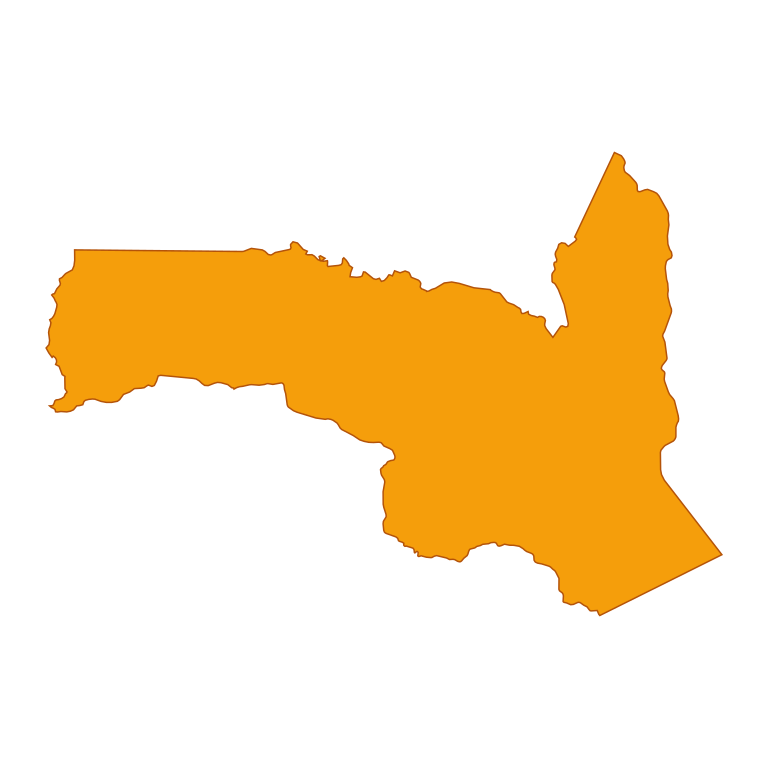 SVG path tracing the border of Sangha
{"feature_id": "COG-2880", "entity_name": "Sangha", "entity_type": "Region", "adm_level": 1, "iso_a3": "COG", "parent_name": "Republic of the Congo", "parent_adm1": "", "projection": "orthographic", "projection_center": [15.265, 1.384], "detail": "fine", "context": "isolated", "style": "filled", "palette": "amber", "viewbox_px": 768, "rotation_deg": 0, "n_neighbors": 0, "source": "natural_earth", "source_scale": "10m", "svg_char_len": 6060}
<svg xmlns="http://www.w3.org/2000/svg" viewBox="0 0 768 768"><path d="M52.1,357.4L48.9,353.0L46.1,348.0L49.0,344.6L49.6,340.4L48.6,332.6L49.2,328.9L50.4,325.7L50.9,322.7L49.7,319.7L51.8,318.5L53.6,316.2L54.9,313.6L56.7,307.2L57.0,304.5L56.2,302.4L55.4,301.1L54.0,298.0L51.7,295.0L52.5,294.2L54.5,293.6L56.8,288.9L60.0,285.2L60.4,283.5L59.4,280.3L59.5,278.8L62.0,277.5L65.1,274.1L66.1,273.3L72.3,269.9L74.0,265.8L74.7,260.3L74.6,249.9L242.2,251.5L243.8,251.3L251.3,248.4L262.3,249.9L265.0,251.4L268.3,254.5L270.8,255.0L271.8,254.7L275.3,252.5L288.9,249.6L290.4,249.1L291.0,247.6L290.6,246.0L290.6,244.4L293.0,241.8L297.5,243.0L303.2,249.4L307.3,251.2L305.8,254.0L307.5,254.8L312.0,254.7L314.4,256.1L317.8,259.6L320.3,260.7L319.1,256.5L320.4,255.8L325.0,258.3L322.6,260.2L321.5,260.7L323.2,261.3L327.4,260.7L327.6,261.9L327.4,265.7L328.0,266.5L338.6,265.4L341.1,264.7L342.3,263.1L342.7,258.9L343.8,257.8L346.3,260.3L348.6,263.7L349.2,265.4L352.5,267.7L350.7,272.5L350.0,276.7L356.8,277.3L360.5,276.8L362.1,276.0L363.5,271.9L365.2,272.1L373.4,278.7L376.0,279.4L379.4,278.3L381.4,281.4L384.3,280.5L387.0,277.7L388.8,274.9L389.8,274.9L392.4,275.9L394.6,270.8L400.1,272.8L405.1,271.0L408.8,272.4L409.6,273.5L411.3,277.3L418.1,280.0L419.4,281.0L420.4,282.4L420.8,283.6L420.2,286.9L420.5,287.6L421.8,289.0L422.7,289.2L426.7,291.0L426.7,291.4L428.7,291.1L431.9,289.4L435.4,288.3L444.2,283.0L451.7,282.0L459.3,283.4L474.0,287.8L490.3,289.6L491.1,290.4L492.9,291.4L495.0,292.2L499.1,292.8L500.3,293.6L506.9,302.0L509.1,303.1L513.7,304.7L517.8,307.4L519.4,308.2L520.6,309.4L521.0,312.0L521.9,313.5L524.0,313.4L528.1,311.5L528.6,314.2L531.2,315.5L534.5,316.2L537.5,317.4L539.3,316.4L541.4,316.5L543.3,317.3L544.7,318.6L545.4,320.5L544.7,323.9L544.7,325.6L546.1,328.6L552.9,337.4L560.7,326.3L562.2,325.8L565.9,327.1L567.8,326.3L568.3,323.6L564.2,304.5L558.3,289.4L555.3,284.2L553.8,282.9L552.7,282.4L552.1,281.5L551.9,275.1L552.3,273.4L555.0,269.7L554.9,268.2L553.9,264.8L554.1,263.0L554.6,262.3L556.4,261.8L556.8,259.4L555.6,256.3L555.2,254.1L555.6,252.1L557.7,248.2L558.8,244.4L561.6,242.8L565.1,243.4L568.3,246.4L575.2,241.2L576.6,239.3L575.7,237.8L574.7,237.0L614.4,152.5L621.4,155.8L623.6,158.8L624.8,161.3L625.1,163.0L624.0,165.9L623.8,167.8L624.4,170.8L625.3,172.3L629.7,175.6L635.9,182.5L636.8,184.1L637.2,185.6L637.3,190.2L638.1,191.5L639.5,191.7L640.6,191.5L644.8,189.9L647.6,189.4L653.6,191.7L656.7,193.3L658.9,195.9L667.3,210.9L668.2,213.3L668.5,215.3L668.3,219.4L668.9,224.9L667.4,236.0L667.9,244.2L669.7,249.5L671.4,252.1L672.0,255.5L671.3,257.8L668.0,259.6L667.0,260.6L666.3,261.7L665.4,265.9L665.3,268.7L666.6,279.4L667.7,283.3L668.2,290.5L667.7,293.9L667.9,296.9L670.1,305.6L671.4,309.0L671.5,311.3L671.2,312.9L664.6,331.1L663.0,334.1L662.6,336.1L664.9,342.1L667.0,358.2L666.7,359.5L665.9,360.8L662.3,365.4L661.7,366.7L661.3,368.4L662.0,369.8L664.4,371.9L664.8,373.1L664.2,379.1L664.6,381.4L668.3,391.8L669.6,394.5L673.0,398.5L674.4,400.6L678.2,415.7L678.6,418.9L678.3,421.3L677.4,422.7L676.6,424.7L675.9,427.2L675.9,436.2L675.7,437.5L675.1,438.8L674.3,440.0L673.2,441.1L665.2,445.4L663.9,446.6L660.9,450.3L660.4,452.5L660.6,469.8L661.5,474.6L664.3,480.2L721.9,554.7L599.8,615.5L598.8,614.3L597.2,610.5L591.2,610.9L590.1,610.7L589.0,609.5L587.0,606.8L583.8,605.2L580.2,602.6L578.6,602.3L577.6,602.5L573.4,604.4L570.7,604.7L566.5,602.9L563.9,602.3L563.3,601.8L563.1,601.4L563.4,595.9L563.1,594.3L562.3,592.9L559.5,590.8L558.9,589.3L559.0,578.4L555.8,572.1L554.8,570.7L552.8,569.2L550.4,566.9L548.8,566.1L541.7,563.9L537.5,563.1L535.6,562.2L535.0,561.7L534.1,560.2L533.8,556.0L533.0,554.5L532.4,553.9L530.8,553.1L526.6,551.5L524.5,550.0L523.3,548.8L519.4,546.3L513.8,545.3L509.5,545.2L504.5,544.2L501.3,545.6L499.6,546.1L498.5,546.0L497.7,545.6L496.3,543.2L495.1,542.5L493.7,542.4L490.8,542.7L488.6,543.7L482.7,544.3L480.5,545.5L476.9,546.4L474.8,547.9L470.1,549.1L469.4,549.8L468.7,551.3L467.9,554.0L467.1,555.6L463.9,558.2L461.5,561.0L460.5,561.7L459.4,561.8L457.6,561.3L454.9,559.7L453.1,559.3L449.5,559.5L446.6,558.0L436.6,555.6L434.3,556.2L431.9,557.5L430.7,557.6L426.4,557.2L421.1,555.8L418.9,556.5L418.2,556.3L417.8,555.7L418.2,552.7L417.9,552.1L417.3,551.5L416.6,551.5L414.9,552.9L414.4,552.5L414.0,549.5L412.9,548.1L406.4,546.1L404.9,546.3L404.1,545.7L403.7,545.1L403.8,543.2L402.2,542.2L399.4,541.3L398.5,540.7L397.7,538.3L395.9,536.9L386.1,533.4L385.0,532.7L384.3,531.9L383.7,530.1L383.1,523.8L383.4,521.3L385.9,517.2L386.2,516.3L386.0,514.3L383.8,507.3L383.2,504.3L383.1,491.7L384.7,482.6L384.7,481.2L384.3,479.6L381.6,475.2L381.0,473.4L380.5,469.6L381.1,468.5L382.8,467.2L383.7,465.7L385.9,464.4L387.4,462.1L388.0,461.6L390.6,460.6L393.5,460.1L394.2,459.6L394.9,458.0L395.0,456.7L394.6,455.1L392.5,450.3L390.0,448.7L383.9,446.0L381.3,442.8L380.1,442.4L378.9,442.2L373.3,442.5L368.8,442.3L364.3,441.4L359.8,439.9L353.2,435.5L341.7,429.5L340.2,428.1L338.2,424.6L337.0,423.0L333.1,420.3L331.0,419.4L327.9,418.8L325.2,419.3L315.9,418.0L297.2,412.3L293.5,410.7L288.4,407.1L287.6,405.9L287.2,404.7L285.7,393.7L284.5,389.6L284.0,385.3L283.1,383.7L282.2,383.1L281.3,382.9L272.9,384.4L267.9,383.6L266.8,383.7L264.4,384.5L259.1,385.2L251.5,384.6L249.4,384.8L242.8,386.3L239.5,386.7L236.7,387.6L234.0,389.1L233.7,388.1L231.7,387.7L227.8,384.6L221.0,382.7L217.5,382.4L214.4,383.2L208.2,385.6L204.6,385.4L201.9,383.4L199.3,380.9L196.2,379.0L193.2,378.4L160.7,375.3L158.2,375.9L156.5,381.2L154.4,385.3L153.8,385.7L151.9,386.4L148.5,385.1L147.4,385.5L144.2,387.7L141.0,388.2L134.4,388.6L129.7,392.0L123.5,394.4L119.6,399.7L117.4,401.3L111.6,402.4L106.4,402.4L101.1,401.4L95.0,399.2L92.4,399.0L88.7,399.4L85.3,400.3L83.9,401.6L82.8,404.7L79.9,405.5L76.7,405.9L73.5,409.8L70.4,411.2L66.8,411.9L60.9,411.5L57.4,412.0L55.6,411.8L55.0,409.4L53.4,408.3L51.3,407.4L49.6,405.9L52.8,405.6L54.1,403.4L54.8,401.0L56.1,399.9L58.6,399.6L61.5,398.6L64.0,396.9L65.6,393.5L66.6,392.9L67.0,391.9L65.0,388.7L64.8,377.8L65.0,376.4L62.2,374.6L59.1,366.3L55.6,364.5L56.6,362.0L56.4,359.7L55.2,357.6L53.2,356.1L52.1,357.4Z" fill="#f59e0b" stroke="#b45309" stroke-width="1.5"/></svg>